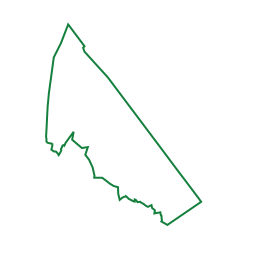 Tafa, Niger, Nigeria, rotated 288°
{"feature_id": "59680162B63010488329613", "entity_name": "Tafa", "entity_type": "district", "adm_level": 2, "iso_a3": "NGA", "parent_name": "Nigeria", "parent_adm1": "Niger", "projection": "mercator", "projection_center": [7.225, 9.227], "detail": "fine", "context": "isolated", "style": "outline", "palette": "green", "viewbox_px": 256, "rotation_deg": 288, "n_neighbors": 0, "source": "geoboundaries", "source_scale": "gbopen_adm2", "svg_char_len": 1330}
<svg xmlns="http://www.w3.org/2000/svg" viewBox="0 0 256 256"><g transform="rotate(288 128 128)"><path d="M208.0,39.1L187.9,38.0L172.2,35.6L136.7,42.0L123.8,44.9L115.5,47.1L104.2,50.2L94.3,52.8L92.7,53.7L91.7,54.1L90.5,54.3L89.6,55.0L89.1,56.4L89.3,58.6L89.6,60.2L89.2,61.0L88.0,61.5L83.7,61.8L82.8,64.8L83.3,66.9L82.2,68.7L80.8,70.5L84.2,71.2L86.2,71.5L87.3,70.7L89.3,71.2L90.5,71.0L91.7,71.7L91.4,72.9L94.8,73.3L100.4,75.1L107.6,77.5L99.6,78.5L94.7,90.3L97.4,95.7L89.3,95.7L85.7,100.9L79.5,106.6L72.4,110.8L70.3,111.2L72.7,118.9L70.7,124.6L69.6,127.5L68.4,132.3L68.6,136.8L62.5,139.0L57.1,142.3L59.6,143.9L61.3,145.4L62.0,146.9L62.5,147.0L62.2,147.5L62.0,148.3L61.4,149.7L60.9,150.3L60.6,152.1L60.4,153.3L60.0,155.8L60.0,157.0L62.1,156.5L62.0,157.7L60.4,160.0L61.6,162.3L61.0,163.9L60.5,166.6L59.5,169.2L59.2,171.3L61.9,174.2L59.4,175.6L58.2,178.7L57.7,179.2L56.3,179.2L54.9,179.5L57.6,184.4L57.8,184.8L56.9,185.2L55.7,185.9L55.3,186.4L55.0,186.4L54.8,186.7L54.7,187.1L54.2,187.3L52.8,187.7L52.1,188.1L51.8,188.3L51.6,188.3L51.1,188.6L50.8,188.6L50.2,188.9L49.9,188.9L49.7,189.0L49.4,188.8L48.0,195.4L80.4,220.4L81.1,219.5L81.4,219.0L82.4,217.7L91.9,204.2L104.5,186.1L117.1,168.3L157.5,110.8L169.6,93.6L170.4,92.3L187.1,63.1L190.4,60.5L192.3,61.4L193.5,59.7L208.0,39.1Z" fill="none" stroke="#15803d" stroke-width="2"/></g></svg>